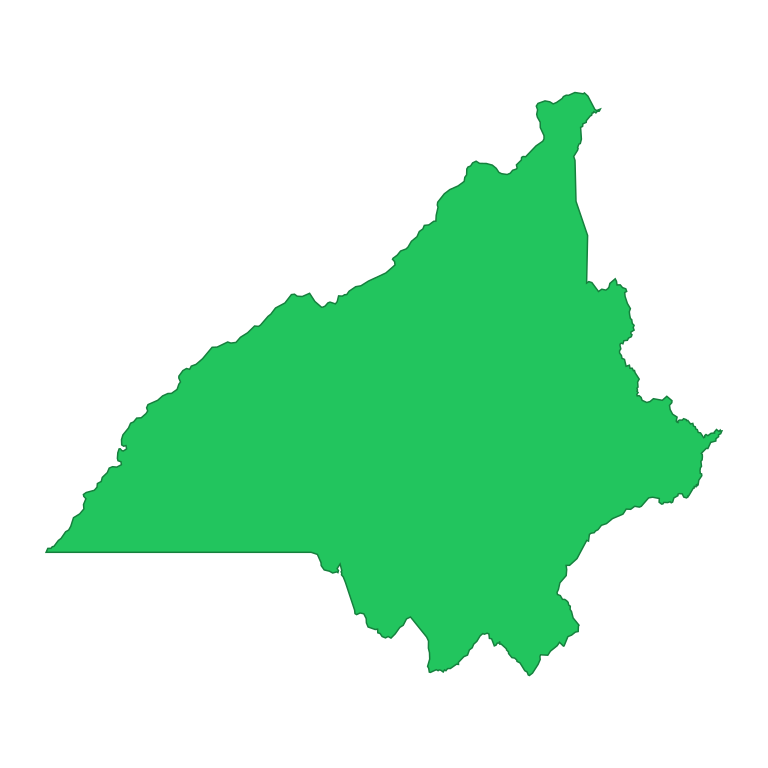 Malema, Nampula, Mozambique (Natural Earth projection)
{"feature_id": "85939544B80247740523844", "entity_name": "Malema", "entity_type": "district", "adm_level": 2, "iso_a3": "MOZ", "parent_name": "Mozambique", "parent_adm1": "Nampula", "projection": "natural_earth1", "projection_center": [37.595, -14.735], "detail": "fine", "context": "isolated", "style": "filled", "palette": "green", "viewbox_px": 768, "rotation_deg": 0, "n_neighbors": 0, "source": "geoboundaries", "source_scale": "gbopen_adm2", "svg_char_len": 6103}
<svg xmlns="http://www.w3.org/2000/svg" viewBox="0 0 768 768"><path d="M532.5,673.1L538.1,664.4L540.2,659.5L539.9,656.5L540.6,654.8L547.8,655.2L550.4,651.2L557.2,645.7L559.5,642.3L563.4,646.1L564.1,645.9L567.9,636.6L571.6,635.1L575.4,632.1L578.2,631.5L578.4,626.2L579.0,625.2L573.1,617.9L571.5,611.5L570.1,609.4L570.3,606.2L568.7,605.0L568.1,602.3L566.6,600.7L564.7,599.4L562.5,599.4L560.3,595.6L557.5,594.5L557.0,592.5L558.4,589.5L559.9,582.8L566.2,575.6L566.7,569.5L566.1,565.4L569.6,565.3L577.0,558.6L586.7,540.4L588.5,541.1L589.4,534.4L591.1,533.2L594.2,532.7L595.5,531.0L598.0,529.7L601.4,525.3L606.5,523.6L612.5,518.6L623.0,514.1L626.2,509.1L630.7,509.3L634.7,506.3L639.4,507.1L641.3,506.3L648.6,497.9L652.6,497.2L659.3,498.5L659.1,502.2L661.6,504.1L662.9,503.9L663.9,502.4L667.7,502.6L670.2,501.7L671.2,502.8L672.6,502.1L673.9,497.9L677.9,495.7L678.0,494.2L679.2,493.6L682.2,493.8L683.8,497.1L686.5,497.9L688.1,496.8L687.8,496.1L688.8,495.7L693.2,488.3L694.1,488.1L694.3,486.5L696.1,486.7L696.4,484.8L697.3,484.4L697.5,485.4L698.1,484.9L698.8,480.2L701.8,475.7L701.6,473.9L700.3,473.4L700.0,470.5L700.4,467.9L701.5,466.3L700.9,461.3L702.1,459.9L702.4,456.9L702.3,454.6L701.3,453.4L706.2,448.4L707.9,448.5L710.7,442.4L715.8,441.0L716.0,438.6L718.6,436.7L718.5,434.8L720.7,433.7L721.9,430.9L720.6,431.0L720.2,430.1L719.0,431.5L716.5,429.5L714.3,432.1L714.5,433.0L711.0,433.3L707.9,435.7L706.0,434.5L704.8,435.5L704.7,437.1L703.7,437.7L700.5,432.9L698.2,432.4L697.3,429.6L695.8,429.0L695.3,426.8L693.5,426.1L692.8,423.4L690.5,423.9L687.8,420.4L686.5,420.6L686.2,419.6L683.6,418.7L682.3,420.1L679.3,420.1L677.9,421.2L677.8,422.5L676.4,421.8L677.2,421.8L676.2,421.1L677.1,417.1L672.6,414.2L670.1,409.5L669.5,405.3L671.8,402.7L672.0,400.7L666.8,396.3L662.3,400.3L653.4,398.7L650.1,401.5L646.8,402.5L642.1,400.3L641.1,397.4L639.1,395.7L637.2,395.9L636.8,394.5L638.1,392.5L636.9,391.2L637.5,390.1L636.9,388.3L638.0,387.1L637.6,382.0L639.2,379.1L635.1,372.7L634.5,370.5L633.5,370.8L632.2,368.2L630.0,368.3L629.4,365.2L626.1,366.3L624.5,359.4L622.0,358.3L621.4,355.4L619.6,353.1L619.5,350.9L620.8,348.9L619.9,345.0L620.3,343.8L621.3,343.2L622.9,343.8L623.9,340.7L627.4,340.3L628.5,338.1L631.3,336.7L632.0,334.7L630.9,333.8L630.9,332.1L634.1,330.1L633.2,327.6L634.1,325.3L632.3,323.5L631.7,319.6L630.4,318.5L629.7,315.1L629.3,311.8L630.4,308.6L627.4,303.5L625.1,296.5L624.7,292.5L626.7,291.4L625.8,288.8L622.5,287.6L620.3,284.9L617.0,284.9L616.5,281.3L615.2,278.8L609.9,283.4L609.0,287.1L607.8,288.7L605.8,290.1L601.8,289.2L598.5,291.5L591.9,282.6L588.8,281.6L586.6,283.1L587.6,235.5L576.0,201.3L575.0,160.4L573.7,156.5L577.6,150.2L578.1,148.3L577.6,147.5L578.9,144.1L580.3,143.5L581.4,139.2L580.6,127.4L582.6,126.4L582.9,123.8L586.2,122.4L586.4,120.6L590.3,115.9L591.6,115.3L592.2,113.0L593.2,112.9L593.8,111.7L595.9,112.9L597.0,111.5L599.3,111.1L600.3,109.1L596.7,110.5L594.9,109.5L587.9,96.1L584.4,92.9L583.3,93.8L574.9,92.5L568.6,95.3L566.2,95.2L563.4,96.6L562.2,98.5L556.5,102.5L553.2,103.9L549.8,101.8L545.0,100.9L538.0,103.4L536.3,106.1L537.6,109.8L536.7,114.3L537.4,117.2L540.2,122.2L540.3,127.6L544.0,135.6L544.0,138.9L542.8,141.2L536.0,145.9L525.7,156.7L523.1,156.5L521.6,157.4L521.3,160.1L516.4,164.9L517.1,168.0L516.4,169.0L512.6,170.3L510.3,173.2L507.2,174.5L501.6,173.7L498.9,172.4L496.2,168.3L492.3,165.1L486.3,163.5L479.6,163.4L476.1,161.2L472.6,162.9L470.6,166.0L468.0,167.0L466.8,169.0L466.6,174.9L464.8,177.3L464.2,181.4L458.1,185.9L449.8,189.6L444.3,193.8L437.7,202.2L437.3,205.0L438.0,207.3L436.2,215.3L435.9,221.1L433.7,221.3L428.8,224.9L424.3,225.4L422.9,228.9L419.3,231.5L417.0,236.7L411.4,241.3L408.0,247.1L406.0,249.0L400.6,251.0L397.2,255.2L393.1,258.2L392.5,259.3L394.6,261.6L395.0,265.0L385.8,273.0L368.4,281.1L360.9,285.8L355.7,286.7L349.1,291.2L346.7,294.6L344.6,294.7L342.4,296.1L338.6,295.9L337.2,301.6L335.4,303.9L330.0,302.1L327.9,302.9L325.1,306.1L322.9,307.1L321.6,307.3L314.9,301.5L309.6,293.3L302.3,296.5L297.2,296.2L294.5,294.2L291.4,294.6L284.9,303.0L275.5,308.0L270.8,314.2L268.0,316.4L260.5,325.1L258.5,326.4L254.6,326.0L247.6,332.8L240.4,337.3L236.0,342.4L230.9,343.1L227.7,342.0L217.1,347.1L212.1,347.3L202.6,358.7L196.0,364.4L191.3,366.1L189.6,369.3L186.5,368.5L182.9,370.6L178.9,376.1L178.8,378.0L180.5,382.0L178.9,384.1L177.1,389.4L171.5,393.4L167.9,393.5L162.6,395.9L157.7,400.3L148.0,404.6L146.6,407.8L147.7,411.0L146.0,413.6L141.2,417.8L136.7,418.1L133.6,421.9L130.6,423.2L128.5,428.0L122.9,434.9L121.5,439.6L121.7,444.9L123.7,446.2L126.0,445.6L126.6,448.9L123.3,451.0L121.8,450.6L120.2,448.8L119.1,448.9L117.8,452.8L117.4,458.4L118.0,460.7L121.0,461.8L121.4,464.7L116.8,467.1L112.5,466.7L109.2,468.1L107.3,472.6L102.3,477.4L101.2,481.5L97.4,483.5L97.0,487.2L94.3,490.3L86.2,492.5L83.4,494.5L83.8,496.4L85.9,498.7L83.5,504.6L83.9,508.9L79.7,513.9L73.5,517.7L70.8,526.2L68.7,530.0L65.6,531.8L61.0,538.5L58.4,540.4L53.9,546.4L52.3,546.7L51.0,548.3L47.8,548.4L46.1,552.3L311.1,552.3L317.4,554.4L321.0,562.6L321.2,565.6L324.2,569.9L329.4,571.2L332.7,573.0L336.8,571.9L337.9,572.6L338.5,570.6L337.1,568.6L340.1,564.0L341.8,570.6L341.1,571.9L341.8,573.0L341.5,574.8L343.3,577.0L345.4,582.3L354.6,610.1L355.0,613.6L356.6,614.6L360.1,613.0L363.8,613.8L366.2,618.6L366.4,622.9L368.1,627.0L375.2,629.5L377.6,629.2L377.8,632.8L380.1,633.5L382.1,636.5L385.5,637.9L388.1,636.5L391.0,638.1L395.2,633.9L399.8,627.4L403.2,625.3L406.5,618.9L410.5,617.0L426.7,637.1L428.5,641.0L428.4,648.2L429.5,652.7L429.7,659.1L427.6,666.4L428.7,668.3L429.3,672.1L430.4,672.4L436.3,669.7L438.1,670.7L439.2,669.9L440.9,670.3L443.2,672.0L444.5,669.9L445.9,670.7L447.6,668.6L450.4,668.5L456.5,664.2L458.5,664.4L458.4,662.4L463.8,656.7L467.5,655.1L469.4,649.9L472.2,647.8L473.7,644.2L476.8,641.4L480.1,635.9L482.8,633.6L484.3,634.2L487.2,633.2L488.9,634.0L489.4,638.4L491.6,638.8L494.3,645.9L496.1,645.1L497.2,643.1L499.1,643.1L499.7,641.3L499.8,644.1L501.2,644.1L506.4,648.8L506.5,649.9L508.4,651.8L508.6,653.6L511.9,657.6L514.7,658.1L516.8,660.1L517.0,661.4L520.0,662.9L524.8,670.7L527.1,672.0L528.2,674.9L529.4,675.5L532.5,673.1Z" fill="#22c55e" stroke="#15803d" stroke-width="1.5"/></svg>